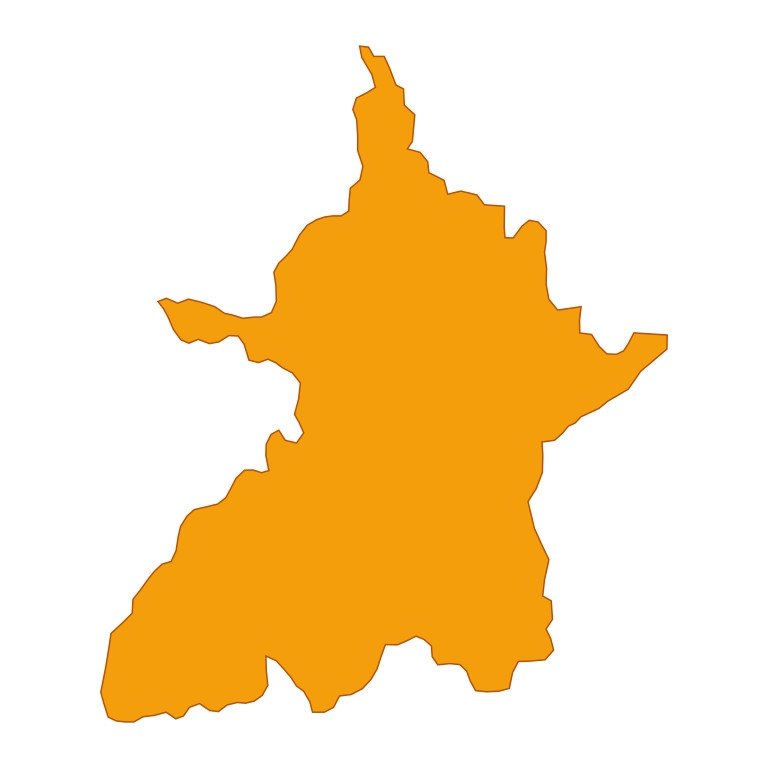 Cuparaque, Minas Gerais, Brazil (Equal Earth projection)
{"feature_id": "56859067B86280863594268", "entity_name": "Cuparaque", "entity_type": "district", "adm_level": 2, "iso_a3": "BRA", "parent_name": "Brazil", "parent_adm1": "Minas Gerais", "projection": "equal_earth", "projection_center": [-41.139, -18.989], "detail": "fine", "context": "isolated", "style": "filled", "palette": "amber", "viewbox_px": 768, "rotation_deg": 0, "n_neighbors": 0, "source": "geoboundaries", "source_scale": "gbopen_adm2", "svg_char_len": 2783}
<svg xmlns="http://www.w3.org/2000/svg" viewBox="0 0 768 768"><path d="M158.0,301.5L163.6,308.8L168.4,317.7L173.4,329.5L180.9,339.8L188.9,343.2L198.2,339.4L209.5,343.6L218.9,341.9L228.9,335.6L238.2,336.0L244.1,344.2L249.0,360.2L258.7,362.6L268.0,359.2L275.5,362.6L282.9,368.0L292.4,372.9L300.4,383.0L298.6,399.2L294.5,414.4L299.2,422.6L303.7,432.9L296.5,443.0L285.2,440.3L278.8,430.2L271.1,434.4L266.2,444.3L265.9,455.5L268.8,470.6L261.5,472.7L253.1,470.0L244.6,470.2L236.1,478.2L230.5,489.0L225.9,497.6L217.6,504.1L204.3,507.3L194.3,509.6L187.0,516.1L180.6,526.5L178.1,537.2L176.1,550.7L171.2,561.4L162.0,564.2L154.7,571.1L149.3,577.6L140.3,590.1L133.0,599.3L132.2,613.2L122.9,622.5L111.0,633.5L108.8,648.4L106.2,664.6L103.3,679.8L100.8,692.2L103.6,702.5L108.2,717.1L116.2,720.9L124.7,721.9L133.9,721.9L143.2,716.7L154.5,715.4L166.1,712.2L175.8,718.8L183.5,716.0L189.4,707.4L199.5,703.6L209.7,710.5L218.4,711.6L227.2,704.9L237.3,702.5L245.4,703.2L254.2,701.1L262.3,695.4L267.8,685.3L266.3,670.7L265.9,656.0L276.3,660.8L284.3,669.5L291.2,677.7L296.4,685.9L303.7,691.2L309.9,701.9L312.5,712.2L324.3,712.2L333.5,707.4L339.5,696.0L351.3,694.5L362.5,688.6L371.0,679.4L377.0,669.1L380.9,657.1L385.4,644.6L397.5,644.8L406.8,640.8L416.0,636.2L424.0,639.4L431.4,645.9L432.2,656.6L437.8,664.8L449.9,663.6L459.9,664.6L466.7,671.2L470.3,681.1L475.6,690.7L487.2,691.8L498.8,691.2L509.3,688.4L512.6,672.4L518.3,661.5L529.9,661.1L545.1,659.8L553.6,650.1L550.7,638.7L546.0,629.0L552.5,619.3L551.2,600.8L542.7,596.0L544.5,579.8L548.9,559.7L541.7,544.6L534.4,528.4L528.0,501.6L536.3,488.5L542.4,472.3L542.8,455.0L542.0,442.0L554.5,440.3L562.8,432.9L568.2,426.2L575.1,423.0L581.0,416.7L598.8,408.5L607.6,401.3L628.3,389.1L640.7,371.2L654.3,359.8L666.9,349.1L667.2,335.0L633.9,332.9L628.6,343.2L623.7,350.8L616.5,354.3L606.8,353.9L599.1,346.3L591.6,334.5L579.8,332.9L579.5,320.2L581.1,306.7L557.7,310.1L548.9,299.4L546.1,284.2L546.6,268.4L544.5,252.2L546.1,241.4L546.1,230.7L538.1,222.0L529.2,220.3L521.9,226.2L513.2,238.0L505.0,237.6L504.2,227.3L504.5,206.2L484.4,204.8L476.9,194.9L460.8,191.1L447.7,194.2L444.1,180.3L428.9,172.7L427.7,161.8L420.0,152.3L407.3,148.9L412.4,141.3L414.8,114.8L404.3,105.1L403.5,88.9L396.0,85.1L389.4,67.8L384.2,56.4L373.8,56.4L368.5,47.1L359.6,46.1L361.8,57.5L366.9,66.1L371.8,74.3L375.4,87.4L366.9,92.7L356.4,98.1L352.8,109.5L356.7,119.8L357.7,136.1L357.7,150.6L362.9,166.2L360.0,179.9L350.3,188.3L349.2,199.7L348.7,211.1L341.2,215.9L332.7,215.9L324.6,217.0L316.6,219.7L307.3,225.2L299.6,234.9L292.0,249.6L285.2,257.0L278.8,263.1L273.9,272.2L276.0,286.3L276.3,301.5L271.4,312.6L261.5,317.1L253.8,317.1L242.9,318.3L232.0,314.9L224.4,313.3L214.8,306.7L202.2,302.5L188.6,299.1L177.8,303.2L166.3,298.3L158.0,301.5Z" fill="#f59e0b" stroke="#b45309" stroke-width="1.5"/></svg>